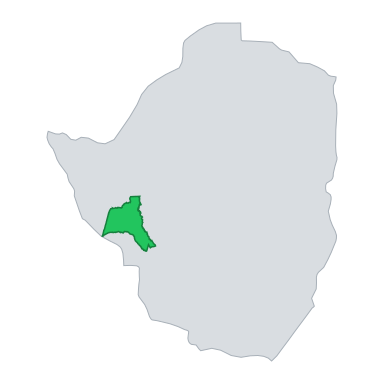 location of Tsholotsho, Matabeleland North, Zimbabwe
{"feature_id": "62879985B28907517418650", "entity_name": "Tsholotsho", "entity_type": "district", "adm_level": 2, "iso_a3": "ZWE", "parent_name": "Zimbabwe", "parent_adm1": "Matabeleland North", "projection": "equal_earth", "projection_center": [27.51, -19.64], "detail": "fine", "context": "in_parent", "style": "filled", "palette": "green", "viewbox_px": 384, "rotation_deg": 0, "n_neighbors": 0, "source": "geoboundaries", "source_scale": "gbopen_adm2", "svg_char_len": 7459}
<svg xmlns="http://www.w3.org/2000/svg" viewBox="0 0 384 384"><path d="M271.6,361.0L268.3,358.1L263.7,356.3L257.9,355.5L250.4,355.8L241.1,357.3L231.2,355.5L220.6,350.2L211.8,348.3L201.2,350.6L200.7,350.7L198.9,348.9L196.1,345.0L191.3,344.3L190.0,343.4L188.9,342.0L188.2,340.1L187.9,338.1L188.7,331.7L188.3,331.0L187.0,330.3L184.4,329.5L178.1,326.6L170.1,323.8L157.2,320.7L152.1,319.9L151.0,319.0L149.5,316.6L147.0,309.3L144.7,304.5L139.1,297.0L138.2,294.7L138.5,288.7L138.9,284.0L139.5,279.9L139.3,276.1L139.2,271.3L139.4,268.2L138.6,266.8L136.6,265.8L130.8,265.4L123.8,265.6L123.6,260.7L122.9,253.3L121.6,249.0L120.0,246.8L116.8,244.4L110.3,241.2L101.4,236.4L93.9,229.2L85.2,220.2L82.4,218.7L79.2,210.3L74.3,195.9L74.6,191.1L73.8,188.7L69.1,181.6L68.0,178.0L67.2,174.2L59.5,163.8L57.0,159.3L55.0,153.5L53.0,148.8L51.3,146.9L49.2,143.8L47.7,140.1L47.0,137.4L47.5,133.8L48.2,131.3L55.5,133.9L59.4,134.1L62.5,132.9L66.3,134.6L70.8,139.3L75.8,140.2L81.2,137.3L88.4,138.1L97.5,142.8L105.1,143.8L114.1,139.6L122.1,128.1L129.6,117.2L137.1,104.6L141.6,94.5L148.2,86.2L156.8,79.9L165.7,74.5L179.2,67.9L181.9,62.4L182.8,56.5L182.9,48.2L183.6,42.9L185.0,40.4L187.3,38.5L190.2,36.1L199.1,29.8L206.6,25.8L215.7,23.1L225.7,23.1L235.3,23.1L240.7,23.0L240.8,31.0L241.2,40.0L242.2,40.8L249.4,41.0L261.0,41.6L272.2,42.3L279.3,48.7L281.6,50.1L289.0,51.9L298.4,62.7L309.8,63.7L317.6,67.1L324.4,70.8L328.4,75.2L330.9,76.2L334.4,76.6L336.1,77.0L335.7,80.2L333.3,85.6L333.5,93.3L336.6,104.1L336.9,113.4L335.8,129.9L335.6,145.9L335.9,151.5L336.4,155.3L337.0,157.4L336.9,159.7L334.9,166.4L333.3,173.4L333.2,176.2L332.6,178.2L331.5,180.0L326.5,183.2L325.7,185.2L325.6,188.8L326.2,191.9L328.1,193.0L330.3,194.7L331.1,197.0L331.1,199.4L330.4,203.9L328.3,211.2L330.2,219.7L332.3,225.2L335.3,231.5L336.5,235.4L336.4,238.2L335.9,241.0L331.2,252.5L327.8,259.7L323.7,267.4L318.4,272.3L317.0,274.6L316.4,277.2L316.5,283.0L316.2,289.0L311.6,298.3L314.3,306.2L313.6,307.0L312.1,308.1L305.5,317.1L298.8,326.1L293.9,332.7L288.4,340.3L282.1,348.7L276.8,355.9L271.6,361.0Z" fill="#d9dde1" stroke="#a8b0b8" stroke-width="1"/><path d="M155.5,246.0L155.4,245.5L155.3,245.1L154.4,244.2L153.7,243.8L152.4,241.6L152.1,241.2L151.8,240.8L151.8,240.7L151.5,240.8L151.4,240.5L150.8,240.3L150.7,240.5L150.3,240.0L150.2,239.8L150.4,239.5L150.3,239.4L150.1,239.4L149.9,239.5L149.6,239.1L149.3,239.1L149.4,238.6L149.0,238.1L149.0,237.6L148.9,237.3L148.8,236.6L148.5,236.4L148.1,236.4L147.7,235.9L147.7,235.2L147.6,234.9L147.1,234.2L147.4,233.9L147.3,233.7L147.1,233.5L147.0,232.8L146.9,232.6L146.9,232.2L146.6,232.2L146.4,232.1L146.2,232.2L145.7,231.9L145.5,232.0L145.3,232.0L145.2,231.8L145.3,231.6L145.1,231.5L145.1,231.4L145.2,231.2L144.9,230.8L144.7,230.9L144.7,230.6L144.6,230.4L144.2,230.3L144.1,230.2L144.1,229.8L144.2,229.6L144.2,229.3L144.1,229.2L143.8,229.2L143.6,229.0L143.4,228.4L143.1,228.5L143.0,228.3L142.8,228.2L142.6,227.8L142.7,227.3L142.3,227.1L142.3,226.7L142.2,226.4L141.9,226.1L141.7,225.9L141.7,225.7L142.1,225.0L142.2,224.4L142.2,224.0L142.3,223.8L142.3,223.2L142.4,222.9L142.5,222.7L142.8,222.5L142.8,222.4L142.3,222.0L142.2,221.7L142.5,220.7L142.4,220.2L142.5,219.6L142.4,219.6L142.2,219.6L142.0,219.2L141.7,219.1L141.6,218.8L141.6,218.1L141.8,217.9L142.2,217.3L142.4,217.1L142.2,216.9L142.0,216.5L141.6,216.6L141.2,216.1L140.9,216.0L140.6,215.5L140.3,215.4L140.2,215.3L140.2,215.1L140.2,214.9L140.3,214.5L140.3,214.3L140.0,213.8L140.0,213.4L140.1,213.2L140.3,213.3L140.4,213.2L140.0,212.9L140.0,212.6L140.1,212.3L140.1,212.0L140.2,211.9L140.5,212.1L140.4,211.8L139.6,211.3L139.4,211.5L139.2,211.4L139.5,210.8L139.4,210.6L139.2,210.7L139.1,211.0L138.9,211.1L138.7,211.0L138.6,210.7L138.1,210.7L138.0,210.4L138.1,210.2L137.8,210.0L137.7,209.8L137.8,209.6L138.1,209.7L138.3,209.6L138.3,209.4L138.1,209.2L137.9,208.8L138.0,208.5L138.4,208.9L138.5,208.9L138.6,208.6L138.3,208.5L138.2,208.5L138.3,208.2L138.5,208.2L138.5,207.8L138.3,207.9L138.3,207.7L138.5,207.5L138.8,207.7L138.8,207.3L138.8,206.8L138.8,206.7L139.0,206.7L138.9,206.4L139.0,206.0L139.4,205.7L139.5,205.5L139.5,205.3L139.3,204.8L139.3,204.6L139.5,204.3L139.8,204.6L140.2,204.5L140.5,204.6L140.8,204.8L140.9,204.6L141.0,204.4L140.7,204.3L140.6,203.8L140.3,203.4L140.3,203.0L139.9,202.8L139.9,202.7L140.0,202.4L139.9,202.1L139.6,201.9L139.5,201.1L139.5,200.7L139.4,200.3L139.5,200.1L139.3,199.9L139.6,199.4L139.6,198.3L139.3,198.1L139.3,197.7L138.8,197.0L138.8,196.9L139.1,196.8L139.2,197.1L139.3,197.1L139.4,196.7L139.5,196.8L139.5,196.7L139.7,196.4L135.2,196.5L130.7,196.7L130.0,197.9L129.9,198.1L130.0,198.3L129.9,198.5L129.9,198.9L129.8,199.0L129.9,199.3L130.1,199.5L130.2,199.8L130.4,200.4L130.4,200.7L130.3,200.8L130.3,201.1L130.5,201.3L130.5,201.7L130.3,201.8L130.2,201.9L130.3,202.4L130.2,202.6L129.7,202.4L128.9,202.5L128.6,202.7L128.2,203.2L127.9,203.2L127.3,203.0L126.7,202.6L126.6,203.0L126.4,203.2L126.1,203.1L125.4,203.1L125.3,203.3L124.9,203.6L124.6,203.6L124.4,203.7L124.2,203.8L123.8,204.3L123.7,204.4L123.8,204.5L123.7,204.9L123.3,205.0L122.4,205.8L122.4,206.0L122.1,206.5L122.1,206.9L122.0,207.2L122.1,207.5L121.8,207.7L121.2,207.7L121.0,208.0L120.4,207.7L120.1,207.7L119.5,207.7L119.1,207.5L118.6,207.6L118.4,207.5L118.1,207.8L117.8,207.8L117.5,207.6L117.4,207.8L117.3,207.7L117.2,207.7L117.0,207.9L116.7,208.0L116.1,208.0L115.9,207.9L115.9,208.0L115.6,207.9L114.5,208.2L114.0,208.3L113.7,208.4L113.4,208.4L113.0,208.2L113.1,208.4L112.8,208.5L112.5,208.6L112.1,208.5L111.9,208.6L111.5,208.7L111.4,208.6L111.2,208.7L110.9,208.8L110.7,208.8L110.5,209.2L110.0,210.0L109.5,210.9L109.4,211.1L109.2,211.6L109.2,211.9L109.0,212.5L108.7,212.8L108.6,213.1L108.6,213.3L108.5,213.5L108.6,213.8L108.6,214.1L108.3,214.4L108.3,214.6L107.7,216.8L106.8,220.2L106.8,220.4L106.3,222.1L106.2,223.0L105.4,225.3L105.1,226.7L104.4,229.4L103.9,230.1L102.9,234.6L102.2,236.1L102.4,236.2L103.5,235.9L104.1,234.8L104.3,234.8L104.4,234.6L105.3,234.5L105.5,234.2L106.0,234.1L106.2,233.8L106.6,233.6L107.5,233.3L107.9,233.0L108.2,232.7L109.1,232.7L109.5,232.5L109.8,232.4L110.2,232.4L110.6,232.3L111.4,232.4L111.7,232.3L112.1,232.2L112.5,232.2L112.7,232.5L113.2,232.6L113.5,232.5L114.3,232.3L114.8,232.3L115.2,232.2L115.8,232.5L116.2,232.2L116.9,232.0L117.4,232.0L118.0,231.6L118.5,231.5L119.3,232.0L119.5,232.0L119.9,231.9L120.1,232.0L120.2,232.4L120.5,232.4L120.6,232.6L121.0,232.5L121.2,232.3L121.6,232.3L122.0,232.4L122.4,232.7L123.2,232.9L123.3,232.9L123.5,232.4L124.1,232.0L124.3,231.9L124.4,231.5L124.8,231.4L126.0,231.8L126.3,231.7L126.5,231.6L126.9,231.9L127.1,231.9L127.4,231.7L127.7,231.7L128.2,232.2L128.5,232.4L128.6,232.5L129.1,232.9L129.4,233.3L129.7,233.5L130.0,234.0L130.5,234.0L131.1,234.3L132.1,234.5L132.6,234.5L132.9,234.7L133.0,235.0L133.4,235.2L133.5,235.8L133.8,236.1L134.1,236.2L134.4,236.6L134.4,236.9L134.4,237.6L134.4,238.1L134.7,238.7L134.8,239.4L135.2,240.2L135.3,240.7L135.5,240.8L136.1,241.6L136.5,241.9L136.9,242.3L137.3,242.5L137.5,242.8L137.6,243.3L138.0,243.8L138.8,244.2L139.0,244.8L139.2,245.0L139.4,245.3L139.7,245.4L140.1,245.9L140.4,246.0L140.4,246.3L140.6,246.6L140.8,246.5L141.1,247.0L141.3,247.4L141.4,247.7L141.5,247.9L141.6,248.4L141.9,248.2L142.4,248.9L142.6,249.1L142.8,249.0L143.3,249.3L143.6,250.3L143.8,250.4L144.0,250.4L144.2,250.5L144.5,250.2L144.9,250.6L145.1,250.6L145.4,250.5L145.5,250.7L145.6,251.0L146.1,250.9L146.2,251.0L146.3,251.0L146.5,251.1L146.7,250.9L148.5,244.7L150.3,247.8L151.8,246.8L153.9,246.6L155.5,246.0Z" fill="#22c55e" stroke="#15803d" stroke-width="1.5"/></svg>